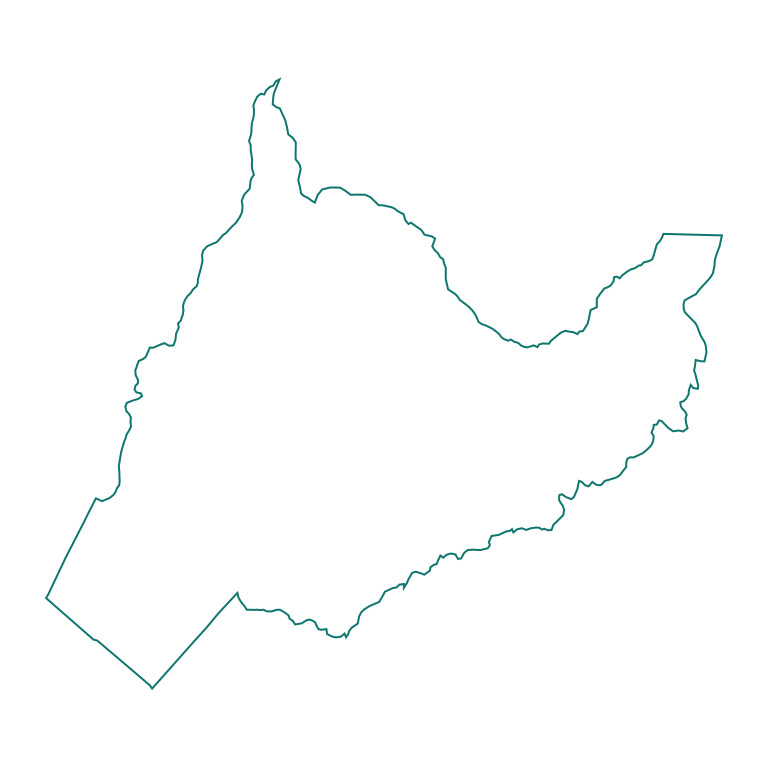 the district of Theobroma, Rondônia, Brazil
{"feature_id": "56859067B32402961436", "entity_name": "Theobroma", "entity_type": "district", "adm_level": 2, "iso_a3": "BRA", "parent_name": "Brazil", "parent_adm1": "Rondônia", "projection": "robinson", "projection_center": [-62.291, -10.089], "detail": "fine", "context": "isolated", "style": "outline", "palette": "teal", "viewbox_px": 768, "rotation_deg": 0, "n_neighbors": 0, "source": "geoboundaries", "source_scale": "gbopen_adm2", "svg_char_len": 5280}
<svg xmlns="http://www.w3.org/2000/svg" viewBox="0 0 768 768"><path d="M46.1,598.1L93.5,639.6L97.3,640.6L126.4,665.3L149.9,685.4L152.1,688.6L194.2,641.2L206.5,627.7L218.6,613.1L237.4,592.9L238.5,597.6L240.9,601.8L244.0,605.5L246.8,609.7L254.0,609.9L257.3,609.7L260.4,610.1L263.4,609.7L267.0,611.4L271.8,611.4L276.1,609.9L279.9,609.7L285.0,612.7L288.4,615.2L289.7,618.8L292.9,620.9L295.1,624.5L301.8,623.3L306.4,620.3L309.5,619.6L312.6,620.7L315.2,622.4L316.6,625.8L318.5,629.1L321.4,629.8L326.4,629.1L327.2,634.1L332.3,636.6L336.0,637.4L340.9,636.6L344.6,633.6L346.1,637.3L348.2,634.1L349.1,631.1L351.9,627.5L354.6,625.8L357.8,623.5L359.1,616.4L361.3,612.2L364.3,609.4L369.1,606.3L374.3,604.0L379.1,602.0L383.3,594.9L384.8,591.8L389.7,589.5L392.4,588.2L396.4,587.5L399.5,584.6L403.8,584.0L403.9,587.8L406.9,583.1L408.3,579.6L410.3,576.1L412.0,573.0L415.6,571.7L420.6,573.2L424.3,574.7L427.3,572.5L430.0,570.5L430.4,567.3L433.8,564.8L436.6,564.1L438.2,560.1L440.4,555.5L443.2,557.7L446.5,554.8L450.7,553.5L455.4,554.4L458.1,559.0L461.1,558.4L464.3,552.7L467.9,550.0L473.8,549.7L477.9,550.0L480.6,550.0L487.7,548.3L489.9,545.1L488.9,541.9L491.6,536.0L499.0,534.8L506.3,531.4L509.7,531.0L512.0,529.2L513.4,532.4L517.4,529.2L521.8,528.3L526.3,529.9L530.7,528.3L536.5,527.5L539.3,527.8L541.9,529.5L544.5,528.8L547.9,530.3L551.5,530.0L553.4,524.8L559.0,519.4L563.4,514.9L564.1,509.8L562.7,505.6L560.9,503.1L559.1,500.1L559.3,495.2L561.9,494.2L565.9,497.0L571.2,499.2L574.0,497.0L577.4,488.9L578.3,484.4L579.1,480.9L581.8,481.9L584.9,485.1L588.5,486.4L592.4,481.9L595.2,484.1L598.0,485.3L601.4,484.8L604.8,480.9L610.9,479.2L616.0,477.6L619.9,475.2L623.0,471.0L626.2,467.0L626.2,462.7L627.5,458.7L630.2,457.3L633.7,457.4L639.1,454.9L642.2,453.5L644.7,451.6L650.2,446.6L652.1,443.8L653.3,440.2L653.6,436.1L651.5,432.6L653.4,428.1L653.7,424.9L656.8,424.6L658.9,420.5L661.6,421.0L668.5,428.1L673.1,431.3L678.8,430.5L683.2,431.5L687.5,428.3L686.2,423.4L685.5,418.4L686.7,414.7L684.8,411.2L682.1,408.6L680.7,405.8L680.3,402.2L683.5,401.2L686.0,398.9L688.6,394.5L688.9,390.3L690.7,384.9L693.3,388.1L697.8,388.8L698.2,385.7L695.3,373.8L694.1,370.6L695.1,365.2L695.7,360.0L700.2,361.2L704.4,361.4L706.5,352.5L705.8,346.0L704.6,342.2L700.6,335.5L697.4,326.9L695.5,323.2L684.9,312.4L683.8,309.2L683.5,304.6L684.6,300.4L692.4,296.0L695.8,294.3L699.8,289.1L709.8,278.2L712.8,273.6L714.4,266.4L714.8,260.3L715.9,256.2L719.7,245.9L721.9,235.4L663.4,233.9L662.2,237.1L659.8,241.3L656.9,244.2L653.5,256.0L652.3,259.3L648.9,261.2L644.0,262.2L641.2,265.2L638.4,265.7L635.4,268.0L630.8,269.4L626.7,271.9L622.0,275.6L619.7,278.3L616.7,276.6L614.0,277.3L613.6,281.2L610.7,285.5L607.4,287.4L604.4,288.4L600.2,293.8L596.8,298.7L596.8,307.2L590.6,310.1L588.7,319.5L587.6,323.7L583.0,331.0L579.3,331.6L577.5,334.1L573.2,332.1L570.3,331.8L565.2,330.8L560.9,332.6L550.8,340.9L549.0,343.7L542.6,343.5L539.0,344.6L537.4,347.1L533.7,345.4L527.3,347.4L524.5,347.0L521.3,345.6L518.2,342.9L514.5,341.9L510.8,339.5L508.0,340.7L503.9,339.0L501.2,337.0L499.3,334.2L495.6,331.1L492.3,328.7L486.1,325.6L482.0,324.2L478.7,322.1L475.9,315.6L472.6,310.7L468.2,306.2L459.9,300.0L457.0,295.8L454.9,293.8L448.1,289.4L446.6,283.0L445.7,278.3L445.8,267.7L444.1,263.7L443.1,259.2L440.3,257.3L437.7,252.9L434.9,250.4L432.3,246.4L435.1,238.6L431.8,236.4L424.4,234.6L421.5,230.2L417.6,227.4L413.7,224.7L411.0,222.7L408.5,224.0L405.4,220.3L403.5,214.2L397.8,211.2L394.5,208.5L391.2,207.1L383.1,205.4L378.6,205.1L370.6,197.3L365.3,194.8L357.1,194.6L350.7,194.8L345.2,190.7L340.0,187.6L330.1,187.5L322.1,189.5L317.7,195.0L314.8,202.6L311.6,200.7L308.4,198.2L303.5,195.7L301.0,193.4L300.2,188.1L298.3,180.3L299.1,176.0L300.7,169.0L299.7,164.8L297.8,161.9L295.7,159.5L295.6,154.9L295.8,142.4L292.7,137.8L288.3,134.4L286.9,126.8L285.2,120.1L279.9,108.5L276.3,107.1L272.7,104.3L273.5,95.1L274.4,92.0L279.5,79.4L275.7,81.4L273.3,85.6L269.7,87.0L266.1,90.5L264.2,94.5L260.8,93.7L257.2,96.7L254.7,101.9L253.3,105.7L254.0,109.7L253.9,114.8L253.1,119.0L251.9,123.1L251.5,127.7L251.5,131.3L250.9,135.2L249.0,141.0L250.7,145.2L250.7,150.2L252.2,159.9L251.8,164.5L252.2,169.2L253.9,174.7L251.8,177.8L250.6,180.6L249.7,188.7L244.2,194.6L241.7,200.8L242.6,206.2L242.0,212.2L239.6,217.4L235.8,223.0L232.7,225.8L229.0,229.7L225.9,233.1L222.9,235.1L219.6,239.0L216.8,242.1L212.6,243.8L207.1,246.3L203.2,250.6L202.1,254.8L202.5,261.0L201.5,265.7L200.6,269.4L198.9,275.6L197.9,279.5L197.8,282.9L196.7,286.2L193.2,289.2L190.7,293.0L187.6,296.0L185.4,299.2L183.9,302.5L182.9,306.6L183.5,310.3L182.8,314.6L180.7,320.8L178.0,323.5L178.8,327.6L176.1,333.6L175.4,340.0L173.5,345.4L168.9,345.7L164.6,343.2L161.6,344.1L158.5,345.4L153.4,347.7L149.8,347.6L148.3,351.3L145.8,356.8L143.1,359.0L138.7,361.0L137.4,364.4L136.5,367.4L135.3,370.1L135.7,375.2L138.1,380.0L137.8,383.6L135.5,385.6L134.5,389.6L136.5,392.4L140.8,393.3L142.1,396.2L138.0,399.0L132.8,400.5L126.8,402.9L125.3,406.6L126.5,411.4L128.8,413.6L130.9,417.4L130.5,422.4L131.1,426.4L129.5,429.8L126.5,434.7L125.7,438.1L124.1,441.7L122.5,447.3L121.1,452.2L120.3,457.1L118.8,466.4L119.4,472.0L119.4,475.6L119.7,480.6L119.2,485.3L117.0,488.1L115.5,492.2L113.4,494.9L109.8,497.9L102.0,501.2L95.9,498.4L91.4,507.1L82.7,524.5L65.7,557.6L48.2,594.5L46.1,598.1Z" fill="none" stroke="#0f766e" stroke-width="2"/></svg>